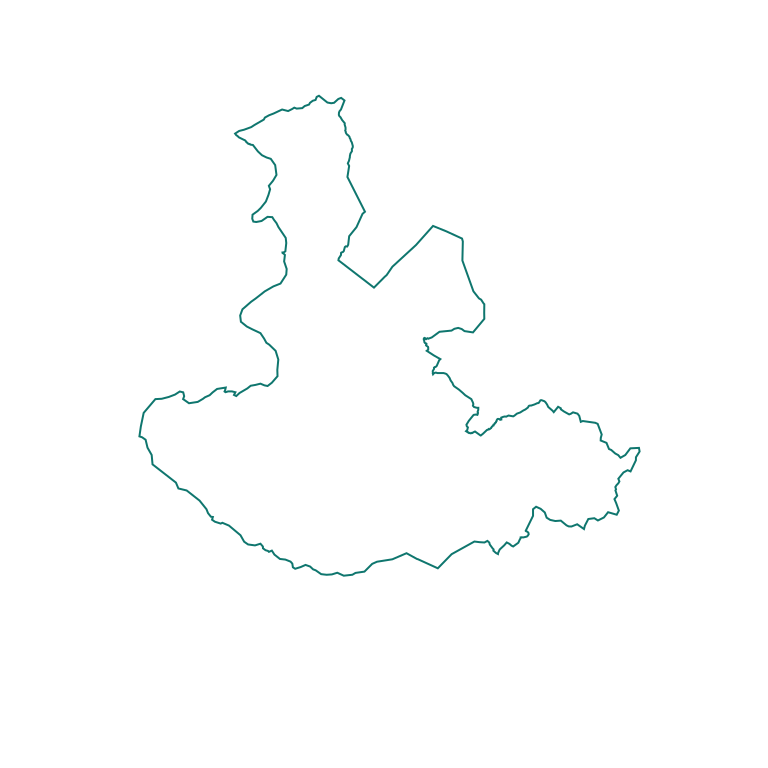 the district of Chikun, Kaduna, Nigeria, rotated 35°
{"feature_id": "59680162B24550873512487", "entity_name": "Chikun", "entity_type": "district", "adm_level": 2, "iso_a3": "NGA", "parent_name": "Nigeria", "parent_adm1": "Kaduna", "projection": "mercator", "projection_center": [7.25, 10.419], "detail": "fine", "context": "isolated", "style": "outline", "palette": "teal", "viewbox_px": 768, "rotation_deg": 35, "n_neighbors": 0, "source": "geoboundaries", "source_scale": "gbopen_adm2", "svg_char_len": 6165}
<svg xmlns="http://www.w3.org/2000/svg" viewBox="0 0 768 768"><g transform="rotate(35 384 384)"><path d="M533.8,504.1L537.0,484.6L548.4,461.2L553.1,458.7L557.2,456.2L558.7,453.2L561.2,453.5L562.7,454.8L567.4,456.4L568.6,456.6L568.8,456.8L569.2,457.8L572.6,458.2L574.9,457.9L574.4,456.9L573.7,453.2L575.0,447.2L575.4,443.4L578.5,443.0L581.2,443.3L583.0,443.0L585.1,437.0L584.4,433.3L584.4,432.0L583.9,431.3L584.9,430.4L585.9,430.0L588.5,427.1L588.8,425.8L588.7,424.1L587.7,423.1L587.1,422.9L586.2,422.8L584.6,423.1L584.3,423.0L581.7,406.5L577.9,401.1L579.0,397.3L583.9,396.4L589.4,397.0L593.9,400.2L598.1,400.0L602.9,398.0L607.2,394.5L614.6,395.1L617.0,394.7L619.3,393.2L622.7,388.1L631.0,388.1L629.8,384.8L628.8,377.4L633.3,373.3L637.5,373.1L640.7,367.2L641.1,360.5L649.6,357.6L649.0,353.0L642.5,348.4L638.8,346.1L639.1,341.8L634.6,338.4L634.5,337.2L632.6,335.7L632.5,333.5L632.9,330.9L632.7,328.8L630.3,327.2L630.9,319.1L633.0,314.9L636.1,314.2L634.1,302.0L632.4,299.5L632.1,292.7L629.5,290.1L622.7,295.4L622.4,303.8L620.0,308.8L616.7,307.9L613.3,308.3L608.0,307.7L605.6,308.2L600.0,304.6L593.9,306.0L592.5,303.8L591.3,300.5L581.9,294.1L579.3,294.6L568.1,300.3L566.9,302.1L562.2,298.1L559.5,297.3L555.1,298.8L554.1,301.3L553.1,302.7L547.2,303.3L543.4,303.3L542.8,302.5L539.7,302.8L539.2,309.7L537.4,309.2L531.7,308.6L529.4,307.3L526.8,306.3L525.3,306.1L522.3,306.9L521.5,307.6L521.6,310.6L521.1,311.4L520.6,311.7L519.1,314.3L516.8,317.4L516.2,317.7L515.4,318.5L515.2,319.1L515.4,320.7L514.4,323.8L513.3,325.8L511.9,329.2L509.9,332.0L509.0,335.1L508.4,336.4L504.1,338.4L502.8,340.7L501.6,341.3L500.5,342.5L499.3,344.3L500.5,345.8L499.7,346.7L499.1,346.7L498.9,346.5L498.2,346.7L497.2,347.4L497.0,348.0L497.1,349.0L497.5,349.8L497.3,350.4L497.7,351.2L497.4,352.0L497.5,352.2L497.3,352.6L497.5,353.0L497.3,353.7L497.4,354.2L497.1,354.5L497.4,355.1L497.1,355.3L497.1,356.6L496.8,357.1L497.0,358.7L496.7,359.1L496.7,359.6L496.2,360.8L495.9,361.1L495.5,361.0L495.3,361.9L494.7,362.6L493.6,368.0L492.8,370.7L492.5,370.8L485.8,370.7L484.7,372.6L484.6,373.3L484.1,373.9L483.6,374.0L483.6,374.3L483.0,374.9L481.9,375.1L481.7,375.4L480.6,375.3L480.6,375.5L478.3,375.6L478.6,374.0L477.6,371.4L476.2,371.2L474.9,370.1L474.6,365.5L475.1,358.2L475.3,357.7L476.8,356.3L478.2,355.7L477.9,354.4L477.4,354.1L477.4,353.6L476.6,353.0L476.1,351.2L474.9,349.4L473.8,350.2L471.0,351.2L469.3,350.8L468.7,349.2L467.5,348.2L464.2,346.3L457.0,346.6L453.5,346.1L448.6,345.6L442.7,345.6L441.1,345.0L439.5,343.9L436.6,342.9L434.2,341.4L431.6,340.5L429.5,340.0L428.2,340.3L426.5,340.9L421.3,344.5L420.2,344.8L419.4,345.4L418.7,346.8L418.6,347.9L417.8,347.3L417.5,346.6L416.5,345.5L416.3,342.8L415.6,342.0L415.8,341.1L416.5,340.4L416.8,338.9L415.6,333.0L415.9,331.3L408.4,332.0L400.0,332.3L400.5,330.5L399.4,328.9L398.7,328.3L396.5,328.3L396.1,328.1L395.9,326.8L395.4,326.6L394.0,326.9L393.0,326.5L392.0,325.3L391.3,325.0L390.7,324.3L390.5,323.6L390.9,322.9L391.6,322.9L392.2,323.3L392.8,323.1L393.1,322.1L393.5,321.5L394.3,321.5L396.4,318.5L399.5,309.4L408.7,301.5L410.0,298.4L412.6,295.5L416.1,294.4L419.6,294.5L427.3,290.7L428.8,273.1L425.3,268.3L420.4,261.1L419.4,260.9L415.2,259.2L412.7,259.4L404.1,256.8L377.4,237.9L366.8,222.0L364.5,220.1L347.5,223.2L333.5,226.4L330.5,251.8L323.6,283.1L323.7,293.3L323.1,295.7L320.5,310.8L275.7,308.8L274.9,307.1L274.8,303.1L273.6,301.2L273.7,300.7L274.6,299.5L274.8,298.2L273.4,294.3L273.7,293.2L275.0,292.5L274.8,290.5L270.7,282.9L271.5,271.3L268.8,256.9L269.6,253.8L235.3,235.4L230.4,225.4L227.8,224.0L227.3,221.3L225.9,217.7L225.3,216.9L224.3,214.5L224.2,211.7L222.9,210.0L222.7,208.2L222.0,207.0L219.0,204.5L217.4,203.8L216.0,202.6L215.1,202.3L213.9,201.3L212.1,200.8L210.8,200.9L209.3,200.4L208.4,199.9L207.9,199.2L206.9,198.7L206.5,197.5L205.3,195.9L202.9,194.0L202.3,192.9L198.3,191.8L195.3,190.4L193.9,190.2L192.7,189.5L191.5,187.6L191.1,186.1L191.3,183.8L189.0,174.4L184.8,174.2L183.1,176.7L181.8,182.3L179.7,184.3L176.2,185.9L165.4,185.2L164.2,187.4L165.0,190.6L163.2,192.8L162.1,196.1L162.3,198.1L159.6,201.8L158.8,204.9L154.5,208.5L152.0,209.1L151.0,211.5L148.9,215.4L143.1,217.6L138.4,225.8L135.7,229.8L133.6,234.1L133.9,236.3L129.3,246.2L127.9,249.7L123.5,256.0L120.2,259.8L118.4,264.3L120.2,264.9L122.0,264.9L123.6,265.2L129.5,264.3L130.0,264.1L131.8,264.4L132.1,264.7L133.3,264.9L133.6,264.7L134.8,265.1L135.9,264.8L136.3,264.4L136.7,264.6L137.6,264.4L139.5,263.4L147.3,265.8L152.8,266.6L157.9,265.8L162.1,264.5L169.3,267.1L176.0,274.4L176.5,281.2L176.0,287.7L179.0,289.8L180.9,295.4L182.6,302.3L182.1,310.4L181.3,314.7L179.2,320.7L181.3,324.2L183.8,325.9L186.4,324.6L190.2,320.7L192.7,313.9L196.8,311.4L199.6,312.6L203.7,313.9L207.5,316.0L219.7,320.7L223.1,324.6L227.1,331.9L226.5,333.5L225.4,334.5L225.8,334.9L227.2,334.8L228.8,335.1L231.9,340.9L238.3,345.6L241.2,350.5L241.6,361.1L237.4,367.5L233.2,376.5L229.8,387.7L228.0,392.8L225.2,404.0L226.9,410.4L231.1,415.1L238.7,415.6L245.0,414.7L253.6,413.2L259.8,415.6L264.0,417.7L267.4,417.6L276.2,419.0L283.4,424.6L288.5,433.6L292.3,438.7L291.4,447.3L289.8,452.4L286.8,453.7L282.6,454.6L279.2,458.5L275.8,461.9L274.6,466.0L270.8,474.3L269.9,478.6L267.4,479.0L267.0,476.0L263.6,477.3L260.6,479.4L258.9,481.6L257.7,481.6L257.3,479.9L256.4,477.7L250.1,483.8L248.4,489.3L247.6,493.2L245.0,497.5L244.2,500.0L241.7,505.5L235.3,511.6L228.1,511.6L227.3,508.6L224.3,506.0L221.0,507.3L218.9,512.5L215.1,518.1L210.4,523.6L205.4,527.5L203.7,545.5L209.2,558.3L213.7,567.2L216.4,566.4L220.7,566.4L226.8,571.8L234.4,575.4L240.5,582.6L270.1,584.1L275.5,587.5L283.4,584.4L299.8,585.3L310.4,588.4L313.9,590.7L318.3,592.0L320.1,591.1L321.0,593.8L324.5,593.8L330.3,592.0L331.2,590.4L338.2,588.9L353.2,590.2L359.9,593.4L364.7,593.4L370.9,590.2L374.4,585.7L378.0,586.6L379.1,588.0L382.3,588.1L384.7,587.3L386.0,587.5L387.7,584.8L392.1,586.6L399.1,587.0L403.9,584.4L409.3,583.1L411.9,583.7L414.5,586.4L417.2,586.3L420.7,581.8L423.5,577.2L428.2,575.9L432.2,576.5L434.9,575.8L441.6,575.8L446.4,573.2L450.5,569.9L454.0,565.4L461.0,564.1L467.5,558.4L469.0,555.1L475.6,548.9L477.5,538.1L480.2,533.6L491.4,522.8L499.5,509.7L511.5,508.4L512.2,508.1L533.8,504.1Z" fill="none" stroke="#0f766e" stroke-width="2"/></g></svg>